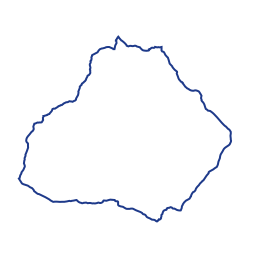 Negreni, Cluj, Romania, rotated 96°
{"feature_id": "2599482B47059022989916", "entity_name": "Negreni", "entity_type": "district", "adm_level": 2, "iso_a3": "ROU", "parent_name": "Romania", "parent_adm1": "Cluj", "projection": "mercator", "projection_center": [22.749, 46.959], "detail": "fine", "context": "isolated", "style": "outline", "palette": "blue", "viewbox_px": 256, "rotation_deg": 96, "n_neighbors": 0, "source": "geoboundaries", "source_scale": "gbopen_adm2", "svg_char_len": 5793}
<svg xmlns="http://www.w3.org/2000/svg" viewBox="0 0 256 256"><g transform="rotate(96 128 128)"><path d="M189.0,231.8L194.2,227.7L194.8,226.3L195.8,221.6L196.6,220.1L197.1,219.3L197.8,217.2L198.1,216.8L199.1,215.7L199.7,215.2L200.7,214.7L201.2,213.7L202.3,212.1L202.7,211.3L203.0,210.6L203.0,210.0L203.1,209.4L205.5,202.8L207.3,198.7L207.6,198.3L208.2,197.3L209.2,194.9L209.2,194.2L208.9,193.1L208.7,191.0L208.6,188.2L208.0,183.4L207.4,181.1L206.6,178.7L206.7,177.7L206.7,177.2L206.6,176.8L206.3,176.3L206.0,174.9L205.1,172.1L205.0,171.7L205.2,171.3L205.6,170.9L206.7,169.3L207.1,168.3L207.2,167.8L207.3,167.2L207.4,166.5L207.6,166.0L207.5,165.2L206.9,163.9L206.9,163.2L206.6,162.2L206.6,161.6L207.0,160.2L206.9,159.7L206.7,159.1L206.6,158.3L206.5,157.9L206.7,155.7L206.7,155.1L206.5,154.4L206.5,153.0L206.4,152.6L205.9,151.0L205.3,149.8L205.3,149.3L205.5,148.5L205.5,147.7L205.4,147.2L205.1,146.6L204.9,146.2L204.4,145.6L203.7,145.1L202.9,144.9L202.6,144.5L202.6,141.9L201.4,139.0L201.1,138.1L201.0,133.7L201.7,133.3L202.0,132.8L202.1,132.1L202.0,131.1L202.0,130.7L202.3,130.3L202.6,130.1L204.8,129.9L205.5,129.8L205.8,129.5L206.2,129.1L206.7,127.2L206.9,124.8L208.2,122.1L208.5,121.2L208.5,120.5L208.4,119.3L208.3,118.1L207.8,116.5L207.7,115.4L207.8,114.5L209.0,111.4L210.3,106.7L211.1,105.0L211.7,104.5L212.1,103.9L212.2,103.5L212.2,102.7L212.5,102.0L212.7,101.6L213.2,101.1L214.3,100.2L214.6,99.8L214.9,99.2L215.7,96.6L216.6,94.7L216.6,92.3L216.8,91.6L217.5,90.6L217.8,89.9L217.7,89.8L217.8,89.2L217.6,88.9L217.3,88.7L216.9,88.7L216.7,88.3L215.6,87.7L215.8,87.1L215.5,86.9L215.4,86.4L215.1,86.1L214.2,85.7L213.7,85.8L212.4,85.5L211.1,85.7L210.6,85.4L209.9,84.8L208.4,84.6L207.1,84.2L206.7,83.9L206.3,83.6L206.2,83.3L205.7,82.6L205.6,82.4L205.5,81.6L205.1,81.1L204.9,81.0L204.0,81.0L203.7,80.7L203.4,80.2L203.0,78.5L202.5,77.8L202.3,77.4L202.5,76.2L203.4,75.0L203.4,74.6L203.3,73.6L203.3,73.4L204.4,70.7L204.6,69.4L204.6,67.8L204.5,67.2L204.4,66.9L201.9,66.2L200.2,66.2L198.9,65.6L198.1,65.5L197.4,65.0L196.4,64.6L194.2,62.8L192.5,60.3L191.8,59.4L190.3,58.7L189.7,58.6L189.4,58.2L188.3,58.1L187.3,57.8L185.8,57.1L184.9,56.5L184.5,55.7L184.1,55.3L183.3,54.7L182.7,54.4L181.3,54.1L180.8,53.9L180.4,53.6L179.3,53.0L177.4,51.5L175.7,50.6L173.5,48.8L172.8,48.4L172.6,48.2L172.5,47.9L172.3,47.6L167.0,44.8L164.9,43.3L164.5,43.1L163.7,43.2L163.2,42.9L162.8,42.5L160.2,38.8L159.1,37.7L157.8,36.1L157.4,35.6L156.3,35.2L155.0,34.8L151.9,34.5L148.5,33.5L146.4,33.4L144.7,33.1L141.1,31.4L139.8,30.9L138.9,30.5L137.7,29.6L136.7,28.5L134.7,26.1L133.7,25.2L130.8,24.2L129.8,24.2L128.7,24.6L127.8,24.7L125.0,25.3L122.7,25.2L121.2,25.4L120.9,25.5L119.0,27.1L118.4,28.4L116.3,30.8L116.0,31.5L115.0,32.9L112.9,35.4L108.1,40.5L105.2,43.9L104.0,45.5L102.5,48.0L102.3,50.4L101.6,51.2L101.1,52.1L100.9,52.6L99.3,53.4L96.5,54.6L94.7,55.9L94.2,56.6L93.4,57.4L92.8,57.8L92.4,57.7L91.5,58.1L90.6,58.5L88.2,58.3L86.5,59.5L84.6,61.0L84.2,61.5L83.8,62.7L83.5,64.3L83.5,64.8L83.7,65.7L84.1,66.6L84.2,67.6L84.1,69.1L83.5,70.9L83.0,71.6L82.3,73.5L81.8,74.0L81.2,75.0L80.9,75.4L78.2,77.8L77.9,78.3L77.4,78.2L76.9,78.8L76.6,79.3L76.5,80.0L76.2,80.5L75.6,80.9L74.5,82.2L73.3,83.0L71.9,83.6L68.8,85.2L68.4,85.2L67.4,85.0L66.8,85.2L65.1,87.8L62.9,90.1L62.1,90.4L59.6,93.3L56.5,94.5L53.8,95.7L53.1,96.7L51.4,98.5L49.0,100.0L48.5,100.8L48.3,102.0L47.6,102.6L47.2,102.8L44.9,103.0L43.9,103.1L44.1,103.7L44.3,103.7L44.5,105.5L44.4,106.1L44.8,107.5L44.7,108.0L44.5,109.6L45.2,109.9L45.6,110.6L45.6,112.0L45.8,113.0L47.1,114.2L47.2,114.9L47.5,115.3L47.9,115.0L48.3,115.1L48.6,115.3L49.0,116.2L49.1,116.9L49.3,117.9L49.3,119.6L49.2,121.0L48.8,122.0L47.3,123.9L46.5,124.6L46.0,127.7L45.5,128.7L45.4,129.7L45.9,131.1L46.1,131.8L46.1,132.7L46.0,133.8L46.1,134.4L46.2,135.0L46.8,136.2L46.3,137.9L45.4,138.4L44.0,140.0L43.1,141.2L41.8,143.2L41.7,143.7L39.1,146.5L38.9,146.5L38.2,147.2L38.9,147.7L39.8,148.0L40.2,148.4L41.7,148.7L41.9,149.2L42.5,149.2L42.6,148.9L43.6,148.5L44.8,148.3L47.2,149.3L51.0,149.7L51.1,150.7L50.8,150.8L49.4,155.2L49.5,155.8L49.5,156.3L49.9,158.1L50.7,159.5L51.5,161.6L51.7,162.5L52.6,164.2L54.0,165.3L55.9,166.2L59.1,171.0L59.5,171.4L60.2,171.3L61.5,171.8L62.6,171.5L63.6,171.5L64.4,171.8L64.7,171.7L65.0,172.2L65.8,172.3L66.3,172.0L66.9,172.0L67.5,172.2L68.4,172.6L69.3,172.6L71.8,171.7L72.6,171.7L73.3,172.0L73.6,172.0L73.8,171.8L74.2,171.9L74.9,171.5L75.9,171.5L76.7,171.3L77.4,171.3L79.2,172.2L79.7,173.0L80.3,173.7L80.8,173.7L82.2,174.2L83.1,174.7L84.4,174.8L85.2,175.4L85.7,175.5L86.1,175.9L86.6,176.5L87.2,176.8L87.5,177.2L88.5,178.1L88.7,178.5L90.0,178.7L90.4,179.0L90.5,179.3L91.1,179.7L91.5,180.0L92.1,180.3L93.0,180.1L97.0,181.2L98.0,180.9L100.4,181.1L104.1,182.7L105.3,182.7L106.4,183.7L106.6,184.3L107.2,185.2L107.7,185.8L107.6,186.4L107.6,186.9L107.5,187.5L107.6,188.0L107.5,189.1L108.6,190.6L108.9,192.2L110.4,194.6L111.0,195.0L111.2,195.4L112.1,196.2L112.4,197.5L112.9,197.9L113.6,199.5L114.3,200.0L116.4,202.7L116.5,204.0L117.1,205.1L118.8,205.5L120.1,206.3L121.9,207.6L122.3,207.7L122.8,209.0L123.4,209.5L123.4,209.9L123.7,210.2L123.9,210.6L124.2,211.3L124.4,212.0L124.8,212.6L124.9,213.4L125.6,213.3L126.8,213.7L128.2,213.4L128.8,213.5L129.0,213.3L129.5,213.5L131.3,214.4L131.6,215.1L131.8,216.9L132.0,217.6L132.0,218.5L132.5,219.5L133.2,220.5L133.5,221.6L136.5,222.3L138.5,221.7L139.4,221.7L141.0,222.5L141.3,222.7L141.7,223.4L144.6,225.2L146.9,226.8L148.3,227.5L149.3,227.8L150.7,227.9L151.4,227.9L151.9,227.7L152.7,227.2L153.8,225.9L154.3,225.8L156.3,225.6L158.0,225.3L161.0,226.0L164.3,226.9L165.0,227.2L166.4,227.0L168.8,227.7L170.3,227.4L171.2,227.7L174.1,227.8L174.8,227.4L176.1,226.8L176.9,226.6L177.6,226.7L178.3,227.0L179.7,227.4L180.6,227.7L183.3,229.3L184.2,229.3L185.1,229.6L186.3,230.2L189.4,230.6L189.8,230.8L189.0,231.8Z" fill="none" stroke="#1e3a8a" stroke-width="2"/></g></svg>